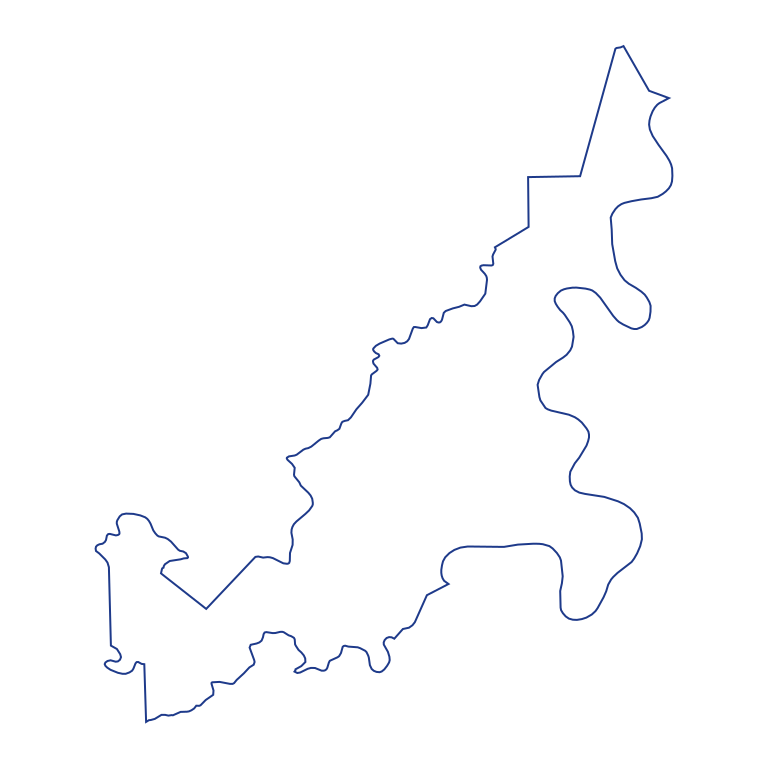 La Lima, Cortés, Honduras
{"feature_id": "27666195B9619051731773", "entity_name": "La Lima", "entity_type": "district", "adm_level": 2, "iso_a3": "HND", "parent_name": "Honduras", "parent_adm1": "Cortés", "projection": "albers", "projection_center": [-87.885, 15.503], "detail": "fine", "context": "isolated", "style": "outline", "palette": "blue", "viewbox_px": 768, "rotation_deg": 0, "n_neighbors": 0, "source": "geoboundaries", "source_scale": "gbopen_adm2", "svg_char_len": 6115}
<svg xmlns="http://www.w3.org/2000/svg" viewBox="0 0 768 768"><path d="M110.9,645.6L116.9,649.0L120.2,654.2L121.0,657.1L120.0,659.7L117.9,661.4L115.7,661.7L110.6,660.3L107.5,661.0L105.4,662.5L104.7,664.1L105.4,665.8L107.2,667.6L110.5,669.8L117.9,672.8L122.5,673.8L125.7,673.8L129.5,672.4L132.1,670.7L133.4,668.7L135.5,663.4L136.6,662.1L138.2,662.0L141.6,663.9L144.3,664.2L146.1,721.9L148.9,720.2L150.8,720.0L154.8,718.9L161.4,714.9L165.3,714.9L168.4,715.6L171.7,715.1L172.9,715.3L180.6,711.9L187.0,711.7L188.9,711.4L191.4,710.3L194.1,708.5L196.3,705.7L199.2,705.8L200.5,705.3L205.7,700.0L213.2,694.8L213.5,690.5L211.5,683.7L211.6,682.8L212.2,682.3L219.6,681.9L230.1,683.9L232.6,683.9L234.1,683.1L236.7,679.9L243.9,673.3L249.4,667.4L253.7,664.7L254.6,662.0L254.2,660.1L249.6,647.6L250.7,644.8L256.6,643.5L259.4,642.4L261.6,640.6L263.0,637.2L263.6,634.2L264.6,632.5L266.3,632.1L272.7,633.1L275.4,633.0L280.0,631.9L282.2,631.8L283.7,632.2L288.6,635.3L291.2,636.2L293.9,637.8L294.7,639.3L295.1,644.4L295.9,645.9L298.5,649.9L301.3,652.4L303.8,655.4L305.2,658.4L305.4,662.0L301.3,666.1L295.5,669.3L295.4,670.3L294.5,671.6L297.3,673.0L300.2,672.5L307.7,668.8L311.0,667.9L315.0,668.0L321.7,670.7L323.8,670.7L325.3,670.2L326.5,669.2L327.3,667.8L328.9,662.5L329.8,660.8L337.5,657.3L339.1,656.2L341.0,653.0L342.7,646.8L343.7,646.0L345.1,645.7L348.4,646.6L357.7,647.3L360.2,648.2L365.2,650.8L366.5,652.1L368.2,655.6L368.8,657.5L369.9,665.2L371.7,669.0L373.8,670.8L376.5,671.9L379.6,672.2L381.7,671.5L384.3,669.4L387.1,665.8L389.1,662.4L389.7,660.1L389.4,656.7L387.9,651.8L383.8,644.6L383.7,642.4L384.7,640.0L386.6,638.0L389.1,637.1L391.6,637.3L394.3,638.7L402.9,629.0L409.0,627.7L412.5,625.2L414.9,622.1L426.9,595.2L448.5,584.0L444.1,580.8L442.6,578.3L441.7,575.6L441.3,572.9L441.3,569.9L442.0,565.3L443.0,561.3L445.2,557.3L449.4,553.1L454.4,549.9L460.4,547.6L467.8,546.5L503.9,546.9L517.9,544.6L533.7,543.7L539.1,543.8L542.8,544.2L549.4,546.1L552.7,548.5L556.9,553.0L559.8,557.3L561.0,560.6L562.7,576.3L561.9,583.3L560.2,591.0L560.6,607.7L561.1,610.2L562.9,613.2L565.7,616.4L568.9,618.6L572.8,619.7L576.9,619.9L581.8,619.1L586.4,617.6L591.8,614.5L595.5,611.1L597.6,608.1L603.6,597.2L606.2,591.3L608.2,584.6L611.1,579.5L613.2,577.0L617.5,572.9L631.6,562.0L634.1,558.6L637.1,553.4L640.2,546.2L641.9,539.3L641.7,533.5L639.7,523.5L637.9,517.8L634.2,512.4L630.0,508.2L624.0,504.1L618.0,501.3L604.3,496.9L585.0,493.9L579.3,492.6L574.9,490.3L572.1,487.5L570.6,484.7L569.9,481.3L569.7,476.5L570.3,471.7L574.8,463.3L579.2,457.7L586.5,445.6L588.1,441.2L589.0,437.5L589.0,434.6L588.4,431.6L586.5,428.4L581.8,422.5L578.2,419.4L574.8,417.2L568.9,414.7L551.2,410.6L547.7,409.3L545.5,408.0L540.4,400.4L539.4,397.0L537.6,384.8L539.1,380.0L542.4,374.1L544.0,372.0L556.1,362.0L563.0,357.6L566.6,354.8L570.2,350.4L572.0,346.6L573.6,336.9L572.9,331.0L571.8,326.3L569.8,322.4L564.8,314.9L563.0,312.7L560.2,310.1L557.6,306.7L555.8,303.8L554.7,301.1L554.7,298.4L555.7,295.9L557.8,293.2L560.9,290.6L563.9,289.3L566.9,288.5L572.3,287.7L576.4,287.6L585.5,288.6L589.9,289.6L592.3,290.5L595.8,293.0L600.2,297.6L613.2,315.9L616.9,320.1L618.9,321.9L623.2,324.5L631.4,328.4L634.1,329.0L636.8,329.0L641.8,327.0L644.7,325.0L647.0,322.7L648.7,320.3L649.6,317.8L650.5,311.7L650.6,305.8L649.4,302.1L646.8,297.5L644.7,294.6L641.3,291.6L635.8,287.8L628.9,283.8L624.6,280.3L620.5,274.8L617.2,268.4L615.2,261.1L612.2,244.1L611.7,229.6L610.7,217.6L612.4,213.6L615.4,209.1L618.1,206.3L621.4,204.1L624.4,202.9L631.5,201.2L641.0,199.5L651.4,198.2L657.7,196.8L662.7,193.9L665.9,191.4L668.9,188.3L670.9,185.1L672.0,181.4L672.4,175.9L672.1,168.3L671.1,164.5L669.4,160.7L666.6,156.0L658.5,144.8L652.7,136.0L649.9,129.6L649.1,124.6L649.5,120.5L650.5,116.5L652.6,111.3L654.8,107.6L657.3,104.7L659.4,103.1L668.9,98.1L649.1,90.8L623.5,46.1L620.5,47.4L616.5,48.0L615.4,48.8L580.1,176.2L528.1,177.1L528.6,226.9L494.9,247.3L495.7,249.1L495.6,249.8L493.1,254.5L492.5,256.5L493.3,263.8L492.7,265.1L491.5,265.5L483.5,265.2L481.5,265.6L480.4,266.3L480.2,267.7L481.0,269.7L484.8,273.8L486.3,276.1L486.8,277.8L487.0,279.9L485.3,293.7L480.0,301.4L477.1,304.6L474.6,306.0L471.4,306.2L464.4,304.6L459.1,306.8L452.8,308.4L445.7,311.0L443.8,312.8L442.0,319.7L441.1,321.4L439.8,322.4L438.5,322.5L436.9,322.0L433.4,318.3L431.7,318.0L430.0,319.2L427.7,325.3L426.3,327.5L421.5,328.1L415.2,327.0L413.8,327.1L412.8,328.6L409.0,339.0L407.2,341.3L404.6,342.9L401.2,343.6L397.7,343.2L393.4,338.8L392.3,338.6L389.3,339.4L379.6,343.6L375.9,345.8L373.6,348.2L373.1,349.1L373.2,349.9L374.0,351.3L375.8,353.0L378.6,354.3L379.3,355.8L378.4,357.1L373.8,359.6L373.1,360.6L373.0,361.7L373.5,363.6L377.2,367.9L377.6,369.6L376.5,370.9L371.9,374.3L371.1,375.4L370.4,383.7L368.2,394.8L362.2,402.7L356.4,409.3L350.9,417.4L348.0,420.2L344.7,420.9L342.4,421.8L341.4,423.3L339.4,428.8L337.3,430.3L335.1,431.3L329.8,437.3L327.8,437.9L323.4,438.3L321.2,438.9L318.7,440.6L311.3,446.6L308.3,448.1L305.5,448.7L303.3,449.7L296.7,454.7L294.7,455.5L288.9,456.4L286.9,457.7L286.8,458.6L287.6,459.9L292.0,463.9L294.7,467.8L294.0,474.8L294.4,476.3L299.3,482.3L300.8,485.6L308.3,492.7L310.6,495.5L312.2,498.7L312.8,502.7L312.8,504.4L312.3,505.9L309.1,510.4L305.3,514.0L296.4,521.5L293.9,524.2L292.4,527.0L291.6,529.6L291.4,532.8L292.7,539.5L292.6,544.9L290.0,553.0L289.8,561.0L289.2,562.9L288.4,563.5L287.1,563.8L283.3,563.3L272.9,558.1L270.0,557.3L267.5,557.1L263.1,557.6L258.2,556.5L255.4,556.9L206.2,608.9L161.0,573.4L162.0,568.9L162.4,568.2L163.5,567.7L163.8,566.1L164.9,564.3L169.7,561.0L180.7,559.3L183.8,558.4L187.4,558.1L188.0,557.4L187.9,556.6L186.0,553.2L183.3,551.5L179.9,550.8L178.2,549.7L171.0,541.6L167.7,539.0L165.0,537.7L158.7,536.4L157.3,535.5L155.3,533.3L153.3,530.4L150.5,523.6L149.0,521.0L147.3,518.9L145.2,517.3L140.3,515.4L133.4,513.9L126.1,513.6L122.1,514.4L119.7,516.4L117.3,520.3L116.8,521.9L116.8,523.7L119.3,531.5L119.5,533.2L119.2,534.2L117.9,535.0L115.9,535.4L109.8,533.9L108.2,534.1L106.9,535.6L106.0,540.0L104.9,541.9L102.6,543.7L99.4,544.3L97.3,545.3L96.0,546.7L95.6,548.6L96.0,551.0L99.2,553.4L105.3,559.5L107.5,562.6L108.9,567.2L110.9,645.6Z" fill="none" stroke="#1e3a8a" stroke-width="2"/></svg>